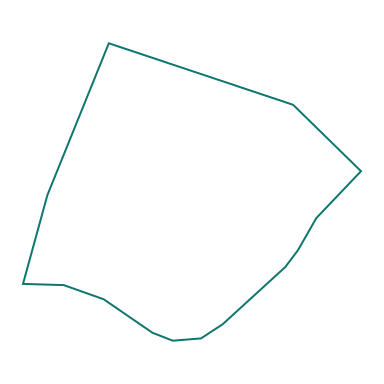 the Province of Maputo
{"feature_id": "MOZ-5854", "entity_name": "Maputo", "entity_type": "Province", "adm_level": 1, "iso_a3": "MOZ", "parent_name": "Mozambique", "parent_adm1": "", "projection": "natural_earth1", "projection_center": [32.591, -25.918], "detail": "fine", "context": "isolated", "style": "outline", "palette": "teal", "viewbox_px": 384, "rotation_deg": 0, "n_neighbors": 0, "source": "natural_earth", "source_scale": "10m", "svg_char_len": 303}
<svg xmlns="http://www.w3.org/2000/svg" viewBox="0 0 384 384"><path d="M361.0,171.2L316.3,218.1L298.1,250.0L285.4,266.9L222.7,324.2L201.0,338.4L172.8,340.7L152.5,332.8L103.7,299.3L63.7,285.1L23.0,283.9L47.4,195.1L108.8,43.3L293.1,104.8L361.0,171.2Z" fill="none" stroke="#0f766e" stroke-width="2"/></svg>